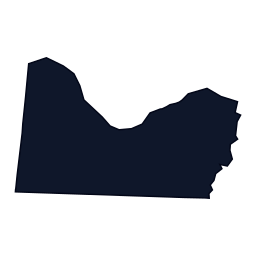 Colbert, Alabama, United States of America
{"feature_id": "52423323B73272811402688", "entity_name": "Colbert", "entity_type": "district", "adm_level": 2, "iso_a3": "USA", "parent_name": "United States of America", "parent_adm1": "Alabama", "projection": "equal_earth", "projection_center": [-87.711, 34.736], "detail": "fine", "context": "isolated", "style": "filled", "palette": "ink", "viewbox_px": 256, "rotation_deg": 0, "n_neighbors": 0, "source": "geoboundaries", "source_scale": "gbopen_adm2", "svg_char_len": 755}
<svg xmlns="http://www.w3.org/2000/svg" viewBox="0 0 256 256"><path d="M15.4,191.8L171.8,197.0L183.3,197.4L205.5,197.9L209.2,198.2L208.9,193.6L212.4,189.9L210.2,185.0L213.9,180.4L215.7,173.6L221.9,168.7L219.8,164.4L227.3,166.0L232.3,159.1L229.9,150.3L230.3,144.3L237.6,139.1L235.5,135.8L237.1,121.6L240.6,115.1L235.1,112.6L237.5,101.7L220.9,96.5L207.0,88.4L188.3,93.8L182.1,100.1L179.3,102.1L175.8,103.4L170.0,104.7L166.7,106.7L161.9,109.0L161.4,108.9L160.1,109.1L154.2,111.4L150.1,112.9L142.2,124.1L131.5,128.7L119.1,129.8L110.1,126.0L102.2,117.0L83.9,99.9L79.8,85.7L73.9,73.8L63.3,66.0L46.4,57.8L28.7,63.7L25.6,96.9L22.8,123.9L22.2,133.0L20.8,144.9L17.2,174.9L15.8,188.7L15.6,189.3L15.4,191.8Z" fill="#0f172a" stroke="#020617" stroke-width="1.5"/></svg>